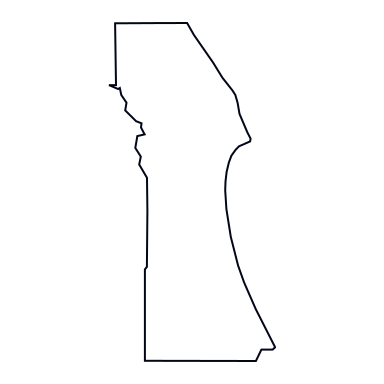 Brevard, Florida, United States of America
{"feature_id": "52423323B51894454867093", "entity_name": "Brevard", "entity_type": "district", "adm_level": 2, "iso_a3": "USA", "parent_name": "United States of America", "parent_adm1": "Florida", "projection": "orthographic", "projection_center": [-80.716, 28.307], "detail": "fine", "context": "isolated", "style": "outline", "palette": "ink", "viewbox_px": 384, "rotation_deg": 0, "n_neighbors": 0, "source": "geoboundaries", "source_scale": "gbopen_adm2", "svg_char_len": 773}
<svg xmlns="http://www.w3.org/2000/svg" viewBox="0 0 384 384"><path d="M187.1,23.0L153.3,23.1L115.1,23.3L116.0,85.1L109.0,85.1L118.1,89.0L119.8,88.0L121.3,95.0L126.5,102.7L125.2,110.4L136.1,121.2L141.5,123.3L141.0,127.5L144.6,134.4L137.3,136.1L136.5,141.0L135.3,147.9L140.8,156.6L139.2,164.5L147.0,177.8L147.4,211.0L146.9,266.9L144.9,269.4L144.9,360.8L255.9,361.0L261.4,349.6L272.6,349.6L275.0,347.4L275.0,347.0L255.8,309.2L244.9,284.3L243.9,281.9L238.1,265.6L230.8,236.9L226.4,209.1L225.7,198.1L225.2,190.4L225.5,181.6L226.6,172.0L227.2,169.5L228.8,162.7L231.4,155.7L235.6,149.8L239.0,146.3L250.1,141.4L250.6,138.7L247.2,132.0L239.5,113.9L237.6,102.8L235.3,94.9L232.5,90.5L222.4,77.7L213.1,62.6L194.0,35.1L187.1,23.0Z" fill="none" stroke="#020617" stroke-width="2"/></svg>